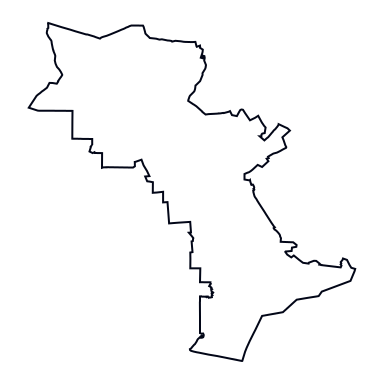 Skrudalienas pag., Daugavpils, Latvia
{"feature_id": "27541924B90123945749328", "entity_name": "Skrudalienas pag.", "entity_type": "district", "adm_level": 2, "iso_a3": "LVA", "parent_name": "Latvia", "parent_adm1": "Daugavpils", "projection": "orthographic", "projection_center": [26.749, 55.754], "detail": "fine", "context": "isolated", "style": "outline", "palette": "ink", "viewbox_px": 384, "rotation_deg": 0, "n_neighbors": 0, "source": "geoboundaries", "source_scale": "gbopen_adm2", "svg_char_len": 5728}
<svg xmlns="http://www.w3.org/2000/svg" viewBox="0 0 384 384"><path d="M48.2,23.0L48.0,23.7L48.2,24.4L48.3,28.0L47.4,28.7L47.5,29.3L47.4,30.0L47.1,30.6L47.0,31.2L46.8,32.8L46.9,33.5L47.6,34.9L48.3,36.5L49.8,38.6L50.4,39.5L50.5,39.5L50.9,40.0L51.3,40.7L51.5,41.3L51.8,43.7L52.8,48.6L53.3,50.1L53.2,50.1L53.6,51.4L54.9,54.5L55.3,55.9L54.8,60.7L54.9,60.9L55.5,63.5L55.9,64.5L57.0,67.0L59.2,69.4L60.5,71.4L60.9,72.0L62.2,74.6L62.2,75.1L61.0,77.0L60.9,77.1L60.0,78.3L58.0,81.2L58.2,81.6L56.8,83.7L52.6,83.0L49.5,82.9L47.0,87.7L43.5,90.4L42.0,91.4L39.7,93.4L38.5,94.2L36.6,95.8L34.5,99.0L31.2,104.0L28.8,107.7L37.7,110.6L38.7,110.7L62.7,110.8L72.5,110.9L72.4,119.7L72.3,138.7L80.8,138.8L81.7,138.9L82.2,138.9L92.2,139.0L92.2,145.0L92.3,145.0L91.9,145.2L91.6,145.5L91.2,146.0L90.6,146.9L90.8,147.2L89.5,151.5L92.7,153.1L94.5,152.2L94.8,153.0L102.1,153.1L102.0,167.8L103.6,167.3L106.5,167.3L106.5,167.2L128.1,167.5L133.1,167.5L134.9,166.3L134.8,162.0L135.0,162.0L141.5,159.7L143.6,165.4L147.0,171.0L148.7,174.6L149.4,176.1L145.2,176.5L147.2,181.3L149.7,181.6L152.9,182.2L152.8,192.8L157.0,192.5L163.1,191.8L163.1,202.4L167.5,202.1L167.6,203.4L168.4,213.9L169.1,223.4L178.0,222.7L190.2,221.9L191.0,232.5L188.9,232.7L191.6,235.9L193.3,238.1L193.1,238.4L193.0,239.9L192.8,241.1L191.6,241.4L192.5,252.1L190.3,252.5L190.4,258.9L190.3,268.3L200.3,268.3L200.0,282.2L210.4,282.3L210.3,283.0L210.8,283.8L209.9,284.8L209.4,285.7L209.2,286.1L210.5,286.6L210.6,287.1L210.7,287.4L211.4,287.6L211.6,288.0L211.3,288.5L212.0,289.2L211.2,289.7L211.4,290.9L212.2,291.9L213.2,292.5L212.9,293.0L212.3,293.1L211.8,292.9L211.6,293.2L211.8,294.2L212.5,295.3L212.2,295.5L211.8,295.6L211.7,295.8L211.9,297.2L210.5,297.5L209.6,297.5L209.0,297.3L208.7,297.7L208.1,297.2L207.8,296.6L207.4,296.9L206.7,296.6L206.3,297.1L205.5,296.6L204.3,296.7L203.2,296.6L202.0,296.7L201.4,296.3L200.0,296.4L200.0,301.2L199.9,302.2L200.0,317.2L200.0,320.7L200.0,324.7L200.0,328.4L200.0,333.1L200.8,333.4L201.5,333.7L203.1,333.5L203.7,334.8L203.7,335.8L203.2,337.2L202.3,337.6L202.1,337.7L200.7,337.8L200.5,337.6L200.6,337.2L200.9,337.0L201.0,336.9L201.3,336.7L201.3,336.4L201.4,336.2L201.7,336.1L202.0,336.3L202.2,336.2L202.0,335.9L201.8,335.8L200.8,336.3L200.2,337.0L198.4,338.7L198.0,339.0L197.2,340.2L197.0,340.8L196.4,341.9L194.9,344.2L194.2,344.7L193.5,345.5L192.1,347.1L191.2,348.3L190.5,348.8L189.9,349.1L190.0,350.0L191.0,350.8L193.8,351.6L196.9,352.3L198.7,352.6L208.6,354.6L217.5,356.1L242.0,361.0L242.3,360.9L245.1,351.7L245.3,351.2L246.7,347.7L249.7,341.1L253.4,333.7L254.0,332.5L255.2,330.2L262.1,315.9L282.9,312.2L293.7,302.4L296.7,299.7L308.0,297.8L316.3,296.5L318.6,296.1L318.8,295.9L319.1,295.5L321.8,291.6L350.5,280.9L354.6,271.1L355.2,268.9L351.3,267.8L349.6,265.1L347.0,259.9L343.0,258.5L342.5,260.0L340.7,262.1L341.3,263.4L340.6,264.4L341.5,265.6L340.7,267.4L321.4,265.1L321.4,264.9L319.3,264.6L319.7,263.7L316.2,260.9L313.9,260.8L308.8,262.7L308.6,263.6L303.0,262.8L299.3,260.0L293.8,255.5L291.3,257.4L287.2,254.6L285.3,251.9L285.6,251.5L291.6,251.0L292.0,247.6L296.3,246.8L296.6,245.0L293.2,242.3L285.4,242.0L280.7,241.8L280.8,239.8L280.9,238.9L281.0,238.2L280.4,237.0L280.2,236.6L280.0,235.5L279.7,234.7L279.3,234.1L278.9,233.6L278.2,232.7L276.8,231.2L275.8,230.3L274.4,229.4L274.0,228.5L273.7,228.1L274.8,227.3L274.2,226.8L273.2,225.3L271.4,222.7L265.9,214.1L264.6,212.0L261.6,207.4L258.6,202.8L258.6,202.7L257.6,201.2L256.5,199.2L255.0,197.1L254.6,196.4L254.1,194.8L253.4,192.1L253.5,191.9L253.3,191.3L253.2,190.6L254.0,190.1L254.3,189.7L254.2,189.5L254.0,189.2L254.0,188.9L252.6,189.2L254.0,188.7L254.1,188.2L254.2,187.3L253.5,185.5L252.9,184.6L251.4,184.9L251.1,184.4L251.2,183.8L250.8,183.1L250.5,182.4L250.0,180.0L249.6,180.4L246.1,179.8L244.5,179.5L244.5,174.6L244.5,174.0L247.7,172.6L248.3,172.5L249.0,172.2L250.6,171.2L252.5,169.7L257.7,164.9L262.1,167.0L268.4,161.2L266.7,158.7L268.7,158.1L268.5,157.7L268.0,156.7L273.1,153.7L273.6,153.5L277.0,152.6L280.4,150.9L282.6,149.6L286.1,147.8L286.2,147.5L286.1,147.4L286.2,146.9L286.0,146.5L285.4,145.5L283.6,140.2L282.4,137.3L289.9,130.6L287.5,128.3L284.6,127.0L278.7,124.2L278.7,124.6L278.2,125.2L278.1,125.6L277.4,126.5L277.0,127.1L276.5,127.6L275.6,128.8L275.3,129.0L275.0,129.4L274.6,129.8L274.1,130.1L273.1,131.3L272.8,131.8L272.2,132.4L268.2,137.2L267.1,138.0L264.4,140.4L259.7,136.3L261.4,136.3L261.5,134.5L262.3,133.6L264.7,133.1L265.0,131.1L265.6,127.5L264.0,125.7L263.1,124.3L261.9,122.6L258.2,115.8L255.1,117.8L250.0,120.3L248.7,118.4L245.0,113.0L243.0,109.8L241.7,109.5L240.4,109.9L239.2,111.8L236.9,116.1L232.0,115.1L230.0,111.1L228.6,111.8L223.7,113.1L223.3,112.9L220.2,113.4L218.9,113.4L218.9,113.5L216.2,113.7L208.7,114.1L205.6,114.5L202.3,111.9L202.3,111.6L196.4,106.3L193.9,104.6L193.3,104.3L188.2,100.9L188.3,100.1L188.6,99.2L189.4,96.9L189.6,96.4L190.0,95.7L193.7,92.0L194.4,91.1L194.5,90.9L195.0,89.2L195.2,88.2L195.5,85.5L195.7,85.4L199.8,81.4L200.1,81.1L200.2,80.9L202.6,74.9L202.5,73.2L205.3,68.6L205.4,68.1L205.8,66.8L205.8,66.7L205.7,66.3L205.8,66.0L206.0,65.1L205.9,64.8L204.2,60.6L204.7,58.0L204.7,57.8L204.4,56.1L203.3,55.8L202.9,58.3L200.8,57.7L202.1,53.8L202.6,51.9L202.8,49.6L200.0,47.8L200.1,46.8L200.0,45.6L196.8,46.8L196.5,46.3L195.4,41.9L192.3,42.1L185.2,41.9L183.7,41.8L180.8,41.3L175.4,40.8L172.1,41.6L171.6,41.0L169.5,40.6L167.7,40.5L161.9,39.3L159.4,39.6L156.2,38.7L149.8,38.0L148.8,36.9L147.0,35.2L145.8,34.0L145.6,33.8L145.4,33.5L145.0,31.7L143.7,27.0L143.0,25.6L131.5,25.5L129.3,26.2L128.6,26.7L126.1,27.6L125.1,28.2L123.6,28.9L121.7,29.6L117.8,31.3L110.3,34.4L106.7,35.8L103.2,36.8L101.3,37.5L100.0,38.6L95.3,37.0L94.5,36.6L87.5,34.5L86.6,34.4L86.3,34.5L83.3,33.6L75.4,31.3L70.4,29.7L61.7,27.2L48.2,23.0Z" fill="none" stroke="#020617" stroke-width="2"/></svg>